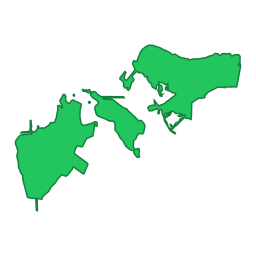 outline of Medalaii, Koror, Palau
{"feature_id": "81905179B66298370942195", "entity_name": "Medalaii", "entity_type": "district", "adm_level": 2, "iso_a3": "PLW", "parent_name": "Palau", "parent_adm1": "Koror", "projection": "albers", "projection_center": [134.462, 7.336], "detail": "fine", "context": "isolated", "style": "filled", "palette": "green", "viewbox_px": 256, "rotation_deg": 0, "n_neighbors": 0, "source": "geoboundaries", "source_scale": "gbopen_adm2", "svg_char_len": 5747}
<svg xmlns="http://www.w3.org/2000/svg" viewBox="0 0 256 256"><path d="M236.7,86.9L240.6,66.2L240.3,64.4L239.1,65.4L238.4,65.4L239.3,63.2L239.9,62.7L240.0,59.5L240.1,56.5L239.4,55.4L238.6,54.7L237.1,54.7L235.2,55.0L234.0,54.9L231.9,56.2L230.0,53.6L226.0,53.8L223.8,53.5L222.4,53.8L221.3,54.3L220.5,55.6L219.0,55.1L218.3,53.9L215.1,53.5L212.7,55.3L209.0,56.2L205.8,57.7L197.9,58.9L192.3,59.1L189.3,60.2L188.5,59.1L181.4,57.6L179.5,57.0L175.1,54.2L172.9,54.6L171.9,54.5L170.9,53.3L168.6,51.9L162.5,49.2L160.8,48.1L153.3,45.5L151.1,45.2L148.8,45.3L147.6,45.7L145.6,46.9L142.3,49.4L140.0,52.7L139.6,54.5L138.5,56.6L138.2,58.0L137.5,59.3L137.1,61.4L135.0,61.2L134.0,60.6L133.2,61.5L132.6,64.0L135.2,69.5L127.3,79.7L125.8,80.1L124.9,79.5L124.3,78.5L124.2,77.1L124.4,76.1L125.9,72.5L125.0,71.5L120.1,77.6L119.9,79.0L122.8,81.3L123.9,84.2L123.4,85.5L124.4,87.4L125.3,88.1L127.8,87.7L127.3,89.4L128.3,90.3L129.2,89.6L130.0,88.2L131.3,83.7L131.9,82.6L133.7,80.6L133.8,79.1L132.1,76.9L132.7,75.3L136.9,71.4L139.1,73.0L140.8,72.3L141.8,73.2L143.4,74.1L144.3,75.8L145.3,77.0L147.8,76.8L147.1,78.8L149.4,82.6L151.1,83.1L151.6,85.4L152.5,87.2L154.9,88.5L155.6,89.2L156.6,88.9L156.5,87.6L156.5,85.5L158.7,84.4L159.0,83.2L158.9,81.8L160.0,82.5L162.0,82.7L166.2,85.0L167.9,83.5L167.8,86.5L168.5,88.4L168.0,90.6L170.1,91.1L172.5,92.8L173.9,92.8L174.9,93.3L175.8,94.1L174.8,95.5L166.7,101.6L164.2,103.7L158.9,105.8L155.8,102.6L155.5,101.6L154.3,100.3L154.5,103.4L155.2,104.1L155.0,105.4L152.7,105.1L150.5,105.7L149.1,106.3L147.8,107.7L149.3,110.9L151.8,110.8L157.0,108.6L157.9,109.4L158.5,110.4L157.9,113.0L158.0,113.5L158.9,113.7L159.3,113.2L159.4,111.1L159.9,109.7L160.3,109.3L161.3,109.6L161.7,110.4L162.1,113.3L163.8,117.3L164.5,120.8L170.2,130.7L174.6,133.6L175.4,133.6L175.4,133.1L173.9,131.8L171.9,130.9L171.5,130.3L171.7,129.8L174.7,126.7L177.5,124.5L179.5,122.2L182.3,119.7L183.5,118.4L183.8,117.6L183.7,117.2L183.3,117.2L182.0,118.2L180.1,118.9L179.8,119.4L179.8,120.2L178.9,121.3L177.5,122.3L175.6,123.1L173.8,126.0L173.1,126.5L172.4,126.6L170.8,124.4L170.3,124.3L170.4,125.3L171.4,127.2L171.4,128.1L170.4,129.0L169.8,129.0L168.2,126.5L166.8,122.4L164.7,119.3L165.4,117.9L170.2,114.8L171.1,112.9L165.4,115.9L164.4,115.4L164.6,114.1L165.3,113.1L166.2,113.6L167.7,113.1L172.0,111.1L173.2,111.3L175.7,113.4L176.7,113.6L179.0,113.4L181.7,114.3L178.3,115.8L179.5,116.6L181.3,116.4L182.8,115.6L185.0,115.1L184.9,117.5L185.8,118.3L189.1,118.6L191.0,119.5L191.4,117.6L191.7,103.3L192.2,102.5L195.2,100.3L198.6,98.3L202.1,98.2L204.9,97.5L204.5,95.1L206.3,94.5L206.9,93.2L208.0,92.2L218.1,87.0L225.2,87.6L225.2,87.0L236.7,86.9ZM36.4,210.4L36.9,210.8L37.4,210.8L37.1,198.8L38.1,198.7L41.9,199.2L42.6,196.6L48.5,191.5L49.3,190.5L50.9,187.2L55.3,182.8L57.6,179.3L61.7,174.6L65.6,176.2L67.0,175.6L68.1,174.6L72.0,169.5L73.4,166.9L83.0,173.8L84.0,173.7L87.9,164.4L87.5,163.3L75.0,154.1L74.4,153.2L74.4,151.9L75.7,148.5L77.3,145.9L82.0,146.9L82.8,146.2L85.9,139.7L87.1,138.4L92.9,135.9L94.4,126.7L94.5,123.3L95.7,125.9L96.9,126.4L97.2,125.3L97.1,122.7L96.2,121.8L95.1,121.7L90.9,123.6L85.0,125.2L83.7,125.3L81.8,124.5L81.0,123.0L79.9,116.3L80.1,110.5L81.4,104.3L78.6,102.5L75.6,101.4L73.5,100.1L72.3,100.1L71.4,100.8L70.1,102.8L68.7,103.4L66.1,101.3L65.6,100.1L65.8,96.6L64.9,94.7L63.6,94.3L62.9,95.0L61.9,97.5L60.4,99.5L59.8,100.7L62.7,107.3L61.9,107.9L59.6,105.4L57.7,105.8L57.7,110.2L56.5,116.0L56.2,118.4L55.3,119.8L55.2,121.2L54.2,122.5L51.0,122.6L50.1,123.0L49.0,125.1L44.9,127.7L43.4,128.3L42.5,127.9L41.0,128.0L39.9,128.4L38.8,128.0L38.7,126.3L38.2,125.9L37.8,126.0L37.2,129.0L34.9,132.1L34.1,132.2L32.9,131.4L31.7,131.2L31.3,130.2L31.1,128.5L31.6,126.8L31.6,126.0L31.3,124.6L31.1,120.8L30.6,120.3L30.2,120.6L30.3,126.7L29.8,130.8L29.3,131.4L21.8,132.1L21.0,132.8L22.2,132.9L31.0,132.4L32.2,132.9L31.4,134.1L22.9,134.7L21.1,135.1L20.0,135.5L18.4,137.1L15.9,140.5L15.4,142.6L15.5,144.0L16.7,147.0L18.0,151.5L17.0,154.7L16.9,156.3L18.5,163.4L18.5,167.0L20.7,172.6L21.6,174.3L22.9,175.4L22.8,178.6L23.0,180.3L27.5,197.2L29.5,198.0L35.8,198.5L36.4,210.4ZM97.3,94.2L95.8,92.3L94.7,91.7L93.4,91.6L92.2,91.8L90.9,93.5L90.5,94.9L91.7,96.6L93.6,98.5L96.6,100.0L98.2,102.2L98.6,103.3L95.5,106.0L94.9,107.6L95.0,109.5L96.3,114.2L97.1,115.3L98.4,116.3L104.9,118.7L108.6,120.7L109.7,121.1L112.7,121.1L114.0,121.7L114.8,123.4L115.1,125.3L114.9,129.8L118.0,133.6L120.0,137.6L120.7,138.6L122.7,140.4L125.7,146.0L127.7,147.9L130.3,149.8L131.6,150.4L133.8,150.7L133.8,152.4L134.4,153.8L135.2,155.1L137.4,157.5L139.6,156.7L138.9,154.3L139.4,150.8L139.2,149.4L138.6,148.4L134.6,149.5L134.2,148.2L133.3,146.6L133.6,140.8L136.1,138.5L136.8,136.2L137.5,135.0L138.3,134.0L139.6,133.5L142.6,133.9L143.3,133.1L143.8,131.8L144.8,127.2L144.9,125.7L144.6,124.7L143.6,123.0L142.2,121.7L141.3,120.5L139.3,120.6L138.3,120.4L137.0,119.3L134.6,116.5L132.2,114.7L130.5,112.7L128.4,111.1L126.4,108.6L124.2,108.1L123.1,107.5L112.9,99.8L111.7,99.4L106.3,99.3L103.2,98.9L102.7,97.8L124.2,97.7L123.6,96.7L100.4,96.6L99.7,95.6L97.3,94.2ZM160.1,91.1L161.2,91.4L162.5,90.1L162.0,88.5L162.0,86.6L161.4,85.5L159.8,84.9L159.1,85.4L158.8,86.4L158.8,88.9L157.8,90.7L158.6,91.8L158.9,93.2L160.0,95.4L160.8,93.1L160.1,91.1ZM83.4,91.3L84.4,91.2L85.6,91.5L87.6,92.5L89.9,93.0L90.5,92.3L90.4,91.2L89.6,89.8L88.6,89.7L87.6,90.4L87.1,90.5L86.1,89.8L84.9,90.3L84.3,90.3L82.9,89.4L82.4,89.7L82.8,90.7L83.4,91.3ZM166.2,86.7L165.4,87.7L165.3,89.1L166.5,90.0L167.3,89.2L167.3,87.3L166.2,86.7ZM90.3,102.5L90.1,101.8L89.5,101.5L89.0,101.6L88.6,102.1L88.6,102.6L88.8,103.0L89.6,103.2L90.3,102.5ZM74.1,94.3L73.4,94.6L73.3,95.6L73.8,96.2L74.4,95.9L74.5,94.8L74.1,94.3ZM161.8,95.1L162.7,94.2L161.9,94.3L161.8,95.1ZM161.2,96.0L161.6,96.2L162.3,96.7L161.7,95.9L161.2,96.0Z" fill="#22c55e" stroke="#15803d" stroke-width="1.5"/></svg>